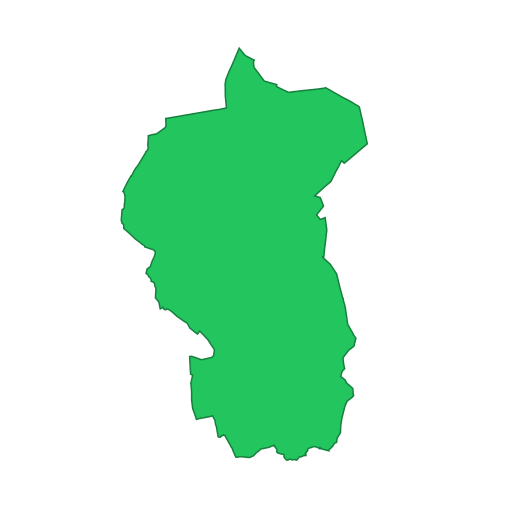 Dricānu pag., Rezeknes, Latvia (orthographic projection), rotated 81°
{"feature_id": "27541924B14059531944666", "entity_name": "Dricānu pag.", "entity_type": "district", "adm_level": 2, "iso_a3": "LVA", "parent_name": "Latvia", "parent_adm1": "Rezeknes", "projection": "orthographic", "projection_center": [27.228, 56.664], "detail": "fine", "context": "isolated", "style": "filled", "palette": "green", "viewbox_px": 512, "rotation_deg": 81, "n_neighbors": 0, "source": "geoboundaries", "source_scale": "gbopen_adm2", "svg_char_len": 5928}
<svg xmlns="http://www.w3.org/2000/svg" viewBox="0 0 512 512"><g transform="rotate(81 256 256)"><path d="M402.0,181.1L398.0,184.3L396.4,185.8L396.0,186.1L395.3,186.6L394.6,186.7L392.3,187.4L388.2,191.2L387.0,190.6L384.8,189.7L382.9,188.4L381.2,186.1L377.5,186.3L375.2,186.3L370.1,186.0L363.6,179.2L360.5,173.6L359.8,173.2L359.6,172.9L357.9,172.4L352.9,170.2L351.2,171.0L348.8,172.2L347.9,172.3L341.2,174.8L337.9,176.1L320.3,175.9L319.1,176.0L313.8,176.6L310.8,176.7L310.4,177.0L301.7,177.9L300.1,178.1L296.0,178.4L292.3,178.7L286.3,179.2L279.8,182.1L275.7,184.0L275.3,184.3L269.3,189.1L268.5,189.7L267.2,190.1L267.5,189.2L258.1,186.7L257.2,186.4L252.7,185.1L247.4,183.7L241.9,182.1L239.7,181.9L236.7,181.9L228.9,181.7L230.0,186.7L224.9,189.8L217.3,181.5L211.4,182.7L208.8,183.3L208.2,183.6L205.8,188.6L198.9,178.2L194.1,170.3L184.9,163.8L180.5,160.4L175.3,156.7L175.2,156.6L178.1,154.4L175.1,149.1L172.9,145.5L170.7,141.9L170.3,141.1L169.7,140.3L163.2,129.5L162.6,128.5L151.2,129.1L138.6,129.7L125.5,130.6L124.8,130.8L124.2,131.3L123.2,132.4L120.8,135.5L119.7,136.5L119.5,136.8L119.1,137.3L115.6,141.8L114.1,144.0L108.6,151.0L105.1,155.4L104.4,156.1L100.7,160.9L100.9,161.0L100.8,168.5L99.8,187.1L99.8,189.6L99.6,192.5L99.5,198.2L95.7,203.8L91.7,209.4L90.0,208.7L84.5,220.5L78.4,223.7L75.6,225.1L72.7,226.7L70.0,228.1L69.2,228.5L63.9,228.2L62.3,227.1L56.9,234.5L55.9,235.6L48.1,240.1L57.4,245.9L58.4,246.5L63.3,249.6L69.6,253.8L77.2,258.3L81.7,259.7L84.6,260.0L93.2,261.3L103.4,261.9L105.2,262.1L105.3,266.6L105.5,268.3L105.5,270.0L105.4,274.5L105.4,277.5L105.6,286.1L105.7,295.1L105.9,309.1L106.1,322.6L106.0,323.6L113.8,324.6L115.0,325.7L119.0,333.5L119.9,335.5L120.0,337.6L119.8,337.6L120.3,343.5L124.3,344.3L129.2,345.5L133.2,345.7L133.8,346.2L135.0,347.2L135.5,347.8L135.8,348.3L135.9,348.2L146.8,357.4L149.2,359.6L149.9,360.5L151.2,361.7L153.0,363.2L157.7,366.6L157.4,366.9L161.9,370.6L163.9,372.1L171.5,377.4L171.7,376.7L172.0,376.6L173.0,376.4L176.5,376.0L178.4,376.4L181.1,376.9L182.9,377.4L184.0,377.9L184.5,377.9L184.8,378.1L187.3,378.4L187.9,378.8L188.5,379.3L188.9,380.1L189.4,380.7L189.3,381.0L199.5,383.5L202.8,383.1L204.0,381.9L204.5,381.9L206.8,382.1L208.2,382.3L209.6,381.0L214.2,377.2L220.5,372.4L224.3,368.6L226.4,366.8L228.5,364.4L229.9,364.2L230.0,363.5L230.4,362.8L232.6,358.8L233.5,356.8L234.8,355.4L235.0,355.5L235.5,355.1L235.9,355.0L236.1,354.9L237.7,355.1L239.5,355.9L241.2,356.9L243.3,358.3L244.5,359.2L245.0,359.4L246.1,360.1L247.7,360.9L248.6,361.4L250.1,362.1L250.5,362.8L250.6,363.4L250.9,363.8L251.5,365.0L251.8,365.5L251.9,365.4L252.3,365.8L252.5,365.9L253.2,366.1L253.9,366.5L254.6,366.7L255.1,367.0L255.9,367.4L256.4,367.1L256.6,366.8L256.8,366.3L257.1,365.9L257.5,365.7L257.8,365.6L259.2,365.4L259.9,365.0L260.3,364.5L260.8,364.1L261.7,363.6L262.0,363.5L263.5,363.4L264.7,363.5L264.8,363.2L266.3,360.8L269.1,360.5L270.4,360.5L270.8,360.4L271.6,360.0L272.9,360.0L281.6,361.9L286.0,359.3L286.1,359.1L293.2,358.9L293.2,358.4L292.6,356.8L292.1,355.9L293.9,355.3L294.4,355.0L294.7,354.7L294.9,354.3L294.9,353.8L294.8,353.4L294.8,353.2L294.5,352.7L294.2,352.3L295.0,350.9L296.1,349.5L297.9,347.8L303.5,343.2L309.3,337.2L311.6,334.4L316.9,332.6L324.0,326.0L321.4,323.3L328.4,318.4L328.9,318.2L329.6,317.6L330.6,316.9L336.0,314.5L338.4,313.4L341.1,312.2L342.0,311.7L347.5,313.4L348.5,314.4L349.2,315.4L349.3,315.9L349.4,317.5L349.7,322.3L349.9,326.2L347.1,331.3L345.1,335.1L345.0,335.3L344.9,336.9L345.0,337.2L345.0,337.3L362.5,339.1L363.4,337.7L363.6,337.2L368.6,339.1L371.6,340.3L375.2,340.4L381.2,341.0L388.0,342.1L396.7,342.4L402.4,341.3L408.1,340.4L407.7,337.4L407.6,335.0L407.6,332.4L407.4,328.1L407.5,327.7L407.1,323.9L412.1,322.2L416.1,322.3L418.2,321.8L419.0,321.8L428.5,321.7L429.1,321.1L429.0,320.9L429.1,320.5L429.0,320.2L429.3,320.0L429.3,319.6L429.3,319.4L428.9,319.1L428.8,318.9L428.7,318.4L428.5,318.2L428.3,318.2L428.3,317.8L428.3,317.6L428.1,317.4L427.9,317.1L427.9,316.9L427.7,316.6L427.7,316.4L427.6,316.2L427.9,316.2L428.0,316.0L428.1,315.6L428.4,315.0L428.4,314.8L428.5,314.5L428.8,314.4L429.4,314.5L438.9,311.0L440.2,310.7L442.2,309.6L444.2,309.3L451.5,307.4L451.7,306.6L451.8,303.3L451.9,302.1L452.8,298.7L453.7,295.5L453.9,294.6L454.0,293.5L453.5,291.8L452.9,289.7L451.5,287.9L450.3,286.4L449.5,284.6L447.4,281.3L447.0,273.1L445.7,267.8L445.9,267.7L446.0,267.8L446.5,268.0L446.7,267.8L446.9,267.2L447.2,267.1L447.5,267.1L448.0,266.9L448.4,266.7L449.2,266.2L450.4,265.6L450.8,265.6L451.6,265.9L452.5,266.1L453.2,266.0L453.6,265.7L454.0,265.2L454.3,264.6L455.4,262.3L455.8,261.2L456.0,260.4L456.4,259.7L457.0,259.5L458.7,259.8L460.0,259.4L461.0,258.6L461.9,258.1L462.3,257.8L462.5,257.2L462.6,256.4L462.5,256.0L462.2,255.4L462.0,255.0L462.0,254.4L462.2,253.4L462.4,253.1L462.8,252.8L462.9,252.3L463.1,251.6L463.0,249.8L463.0,249.6L463.5,249.1L463.6,248.8L463.5,248.7L463.9,248.0L463.9,247.8L463.8,247.4L463.7,247.1L463.3,246.8L463.1,246.8L462.8,246.5L462.6,246.1L461.6,245.0L461.3,244.6L461.2,244.3L461.4,243.1L461.4,242.6L460.9,240.9L460.6,240.2L460.5,239.8L460.6,239.2L460.8,238.9L461.0,238.4L460.9,238.1L460.7,237.9L460.4,237.7L460.1,237.8L459.5,238.2L459.2,238.4L458.9,238.2L458.5,237.6L458.3,237.3L458.1,237.1L457.8,237.2L457.5,237.1L456.8,236.1L456.7,235.7L456.4,235.4L456.2,235.3L455.9,235.3L455.3,235.4L454.2,234.3L453.8,232.1L453.7,231.3L453.8,231.3L453.6,230.7L453.5,229.7L453.4,229.1L453.4,228.2L453.6,227.2L454.0,226.5L454.7,225.4L454.9,224.9L455.5,224.1L456.2,223.3L456.4,223.1L455.3,222.8L457.1,220.7L459.8,214.6L459.8,214.4L459.6,214.5L459.0,214.3L458.3,213.5L457.8,212.8L457.5,212.1L457.3,211.8L455.6,209.7L455.3,209.4L454.7,209.1L454.3,208.6L453.9,208.4L453.6,208.0L453.1,207.6L453.0,207.4L453.0,206.8L452.7,205.6L451.5,205.2L450.2,204.8L448.9,204.4L448.5,204.2L443.7,200.2L437.1,198.9L429.5,196.5L420.7,192.7L418.8,192.0L418.2,191.6L413.7,188.8L410.2,182.5L409.3,181.7L409.3,181.8L402.0,181.1Z" fill="#22c55e" stroke="#15803d" stroke-width="1.5"/></g></svg>